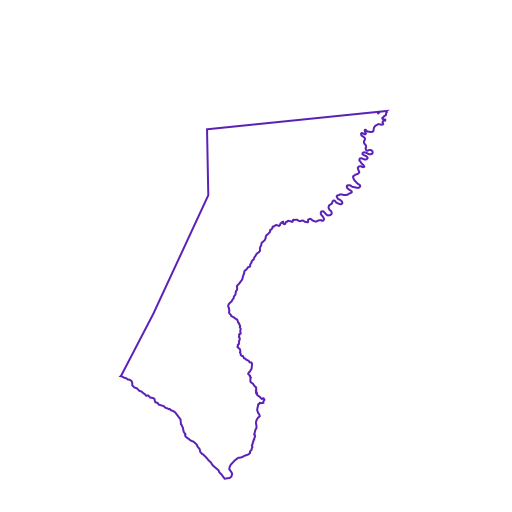 Fortul, Arauca, Colombia, rotated 308°
{"feature_id": "7082276B84202288192164", "entity_name": "Fortul", "entity_type": "district", "adm_level": 2, "iso_a3": "COL", "parent_name": "Colombia", "parent_adm1": "Arauca", "projection": "robinson", "projection_center": [-71.844, 6.696], "detail": "fine", "context": "isolated", "style": "outline", "palette": "violet", "viewbox_px": 512, "rotation_deg": 308, "n_neighbors": 0, "source": "geoboundaries", "source_scale": "gbopen_adm2", "svg_char_len": 6074}
<svg xmlns="http://www.w3.org/2000/svg" viewBox="0 0 512 512"><g transform="rotate(308 256 256)"><path d="M61.2,368.4L64.9,371.9L67.0,372.4L69.7,371.3L70.5,369.7L71.6,366.1L73.7,365.1L75.9,364.6L81.6,365.1L86.0,366.2L87.4,367.7L89.1,369.0L91.1,369.7L94.8,372.1L97.0,372.6L98.1,371.7L100.6,371.8L102.0,371.0L103.3,370.8L104.2,369.3L106.1,369.0L106.6,368.5L107.5,368.2L107.8,368.3L108.9,367.6L110.1,367.3L110.3,367.5L110.7,367.1L113.4,366.3L113.6,366.1L114.2,364.6L114.7,364.7L115.1,364.1L118.3,362.7L119.9,362.3L120.6,362.4L122.5,360.9L124.4,358.7L126.3,357.7L129.5,357.1L132.0,357.6L132.8,356.7L133.5,355.2L133.7,354.1L134.4,353.3L135.1,351.9L137.2,350.7L139.9,349.5L140.3,349.1L140.8,349.1L141.7,349.7L142.6,349.4L143.5,351.1L144.3,351.6L144.8,352.2L145.7,351.5L146.8,351.2L147.8,351.2L148.1,350.9L148.5,349.6L148.3,349.1L147.4,349.0L147.0,348.7L146.9,347.9L147.3,346.0L147.2,342.9L147.5,341.8L148.4,341.3L148.0,340.6L148.1,340.2L149.2,340.0L149.6,338.8L150.9,338.6L151.5,337.7L152.5,337.1L152.6,334.9L153.5,332.2L153.3,329.9L153.5,329.0L156.0,327.0L157.1,326.8L157.2,325.4L158.0,325.0L158.2,322.5L158.5,322.3L160.0,322.0L160.9,322.4L162.8,322.0L163.8,322.1L165.5,321.3L168.8,319.1L169.1,318.3L169.1,317.6L168.3,316.6L168.9,314.6L168.3,312.4L168.5,310.7L168.0,309.5L169.1,307.5L168.6,306.5L168.5,305.1L169.8,303.8L170.1,302.8L171.5,302.2L172.6,300.7L172.8,300.3L172.7,299.5L172.8,297.7L173.2,297.2L174.0,297.2L175.0,296.3L176.1,296.7L177.3,296.1L178.1,295.1L180.2,294.6L181.4,293.5L181.6,292.5L183.0,291.8L183.7,291.0L184.5,291.1L185.1,291.6L185.7,291.5L186.8,290.0L189.0,288.9L189.3,288.6L189.8,287.2L191.2,286.5L191.8,284.9L192.6,284.0L192.5,283.1L194.3,280.3L194.0,278.5L194.0,276.5L193.5,273.3L194.1,272.4L194.4,270.4L195.0,269.4L196.8,268.5L197.4,267.4L198.3,266.8L198.9,265.4L199.9,264.6L201.1,264.2L203.2,264.3L205.3,264.7L207.5,264.3L208.6,264.5L210.6,263.5L212.9,263.6L214.7,262.5L216.4,261.8L217.4,261.9L218.8,261.2L220.7,259.4L223.3,259.7L228.7,259.6L229.9,259.3L230.8,258.7L233.6,257.7L235.0,257.4L236.4,256.4L237.2,256.3L237.9,256.2L238.6,256.6L240.7,256.8L242.2,256.6L243.7,257.7L244.3,257.7L245.3,256.9L246.9,256.5L248.0,256.5L249.1,255.9L250.6,255.9L251.4,256.3L254.3,255.5L255.5,255.6L257.5,255.2L258.9,255.3L260.6,255.9L262.4,256.0L264.2,254.6L265.6,253.8L267.9,253.5L269.2,252.5L270.5,252.4L271.2,252.7L274.1,253.1L275.8,252.7L277.0,251.9L278.8,251.4L280.4,251.9L283.8,252.2L285.1,251.2L286.4,251.7L287.8,251.8L289.0,251.2L289.6,251.2L289.9,251.3L290.2,251.9L292.4,252.5L292.8,252.8L293.6,254.6L293.8,255.6L295.1,255.9L296.5,255.3L298.8,255.7L299.6,256.2L299.3,256.7L298.4,257.2L298.4,258.4L298.7,259.0L299.6,259.2L301.0,258.6L302.4,259.5L303.1,259.4L303.6,259.8L305.0,262.7L305.0,263.3L305.4,263.7L305.8,263.7L307.0,263.0L307.6,263.2L307.8,263.7L309.8,265.9L309.9,267.3L310.2,268.7L311.0,269.7L312.1,270.3L312.9,271.3L313.1,273.7L314.3,275.8L314.6,276.1L315.1,276.0L316.3,274.9L316.7,274.8L317.9,275.2L318.5,275.6L318.8,276.2L318.9,277.0L318.8,278.7L319.7,281.5L320.4,282.4L322.5,283.3L324.4,285.3L324.4,286.4L324.9,287.0L325.8,287.2L326.9,287.0L327.7,285.7L328.3,284.2L328.5,282.6L329.0,281.3L329.8,280.5L330.6,280.2L331.1,280.1L331.9,280.5L332.7,281.8L332.0,286.0L332.1,287.4L333.4,289.0L334.7,289.6L335.9,289.6L337.1,288.6L337.6,287.3L337.6,286.1L337.8,285.0L338.8,283.4L339.6,282.9L340.6,282.5L341.6,282.6L343.9,283.5L346.4,282.7L347.6,283.0L347.9,283.6L348.0,284.4L347.5,286.4L348.5,290.2L349.3,291.3L350.7,291.5L351.7,290.6L351.9,289.6L352.0,287.6L351.5,285.6L351.6,285.0L352.4,283.2L352.8,282.8L353.7,282.8L355.0,283.8L356.2,284.3L356.9,285.1L358.4,288.0L359.8,289.7L360.8,290.5L362.4,290.9L363.6,291.7L365.1,292.2L365.8,291.7L365.9,291.1L365.6,287.4L365.9,285.5L367.3,284.4L367.8,284.5L368.5,285.1L369.4,286.3L369.8,287.1L369.7,288.3L369.9,289.5L372.4,294.4L373.3,295.1L374.4,295.3L375.4,295.0L375.8,294.1L375.6,291.1L376.3,286.8L377.4,284.5L378.5,283.5L381.1,284.2L383.7,285.8L385.2,285.9L385.6,285.8L387.4,282.8L388.2,281.9L389.6,281.9L390.6,282.5L391.3,283.4L391.6,285.1L392.0,285.8L392.7,286.3L393.1,286.3L393.8,284.5L394.0,281.9L394.7,280.2L394.9,278.7L395.9,278.0L397.0,277.9L398.0,279.1L398.8,281.9L399.4,282.9L400.3,283.6L401.7,283.7L402.2,283.3L402.5,282.7L402.5,281.3L401.8,278.4L401.9,277.2L402.5,276.7L403.2,276.7L404.1,277.1L404.9,278.4L405.3,279.6L405.6,281.8L406.2,283.2L408.1,284.6L409.3,284.3L410.3,283.2L410.3,281.6L409.5,280.2L407.6,279.0L407.3,278.4L407.4,277.4L408.0,276.3L408.6,275.9L409.5,275.8L410.4,275.0L410.8,274.4L411.3,272.3L411.8,271.3L412.8,270.5L414.6,270.2L415.8,269.4L416.1,268.1L415.9,264.9L417.0,263.5L418.0,263.6L418.3,264.1L418.9,267.0L419.6,267.3L420.1,267.2L421.3,265.0L421.9,264.3L422.6,264.2L422.8,264.4L422.9,265.2L422.6,266.8L422.8,267.4L423.4,268.2L424.1,269.8L425.4,271.2L426.6,271.6L429.7,270.0L431.9,269.8L435.2,271.2L436.8,274.1L437.5,274.9L438.3,275.0L439.3,273.4L440.0,273.1L441.2,273.4L442.3,274.4L442.7,274.2L443.0,274.0L443.0,273.6L442.2,272.9L441.9,271.7L442.1,271.1L442.4,270.6L443.6,271.0L444.4,270.7L447.1,271.6L448.4,270.7L449.7,270.6L450.2,269.7L450.8,269.8L445.1,263.8L444.9,263.9L445.0,264.5L444.6,264.3L444.0,264.7L443.6,264.5L443.6,264.3L444.9,263.6L325.7,139.4L274.5,181.0L147.1,210.7L78.8,223.4L77.9,223.3L78.5,224.4L78.9,227.0L79.7,228.7L79.8,231.1L80.5,232.2L80.9,234.3L80.7,235.2L80.1,236.3L77.9,238.2L77.5,241.0L78.4,243.6L78.0,246.4L78.0,247.6L78.7,248.9L78.5,251.7L78.7,253.6L78.3,255.1L78.3,255.7L79.6,256.6L79.6,258.4L79.3,259.7L80.8,262.6L80.8,264.1L79.4,265.7L78.8,266.8L78.8,267.2L79.6,268.4L79.6,269.3L79.1,270.4L79.1,271.1L80.9,275.7L80.6,277.8L81.3,279.8L81.7,281.7L82.3,282.2L82.1,284.2L82.5,285.0L83.0,287.4L82.9,289.0L80.8,297.0L79.9,298.0L77.2,300.4L77.1,301.3L75.6,304.1L73.0,307.2L72.4,308.9L72.2,310.0L71.9,310.3L71.3,310.3L70.4,311.6L70.3,314.6L70.5,315.6L70.3,317.5L70.7,319.5L71.2,320.9L71.0,324.6L70.6,326.1L69.9,327.0L69.1,330.5L67.4,332.6L67.1,333.5L67.0,334.7L66.7,335.5L67.1,336.4L66.6,340.8L65.8,344.5L65.5,347.8L64.6,350.0L64.3,351.9L64.1,358.3L63.1,360.1L62.7,361.7L62.7,362.8L61.2,368.4Z" fill="none" stroke="#5b21b6" stroke-width="2"/></g></svg>